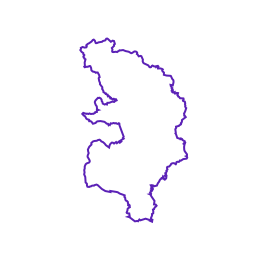 outline of Trieu Son, Thanh Hóa, Vietnam, rotated 63°
{"feature_id": "81297802B97142358911210", "entity_name": "Trieu Son", "entity_type": "district", "adm_level": 2, "iso_a3": "VNM", "parent_name": "Vietnam", "parent_adm1": "Thanh Hóa", "projection": "orthographic", "projection_center": [105.571, 19.802], "detail": "fine", "context": "isolated", "style": "outline", "palette": "violet", "viewbox_px": 256, "rotation_deg": 63, "n_neighbors": 0, "source": "geoboundaries", "source_scale": "gbopen_adm2", "svg_char_len": 5822}
<svg xmlns="http://www.w3.org/2000/svg" viewBox="0 0 256 256"><g transform="rotate(63 128 128)"><path d="M181.1,95.7L180.8,92.9L181.9,89.7L181.3,88.7L180.2,88.5L179.6,88.9L179.7,88.2L178.2,87.4L174.4,88.0L173.0,87.8L170.3,86.6L168.4,85.2L167.3,85.7L166.7,84.5L167.3,84.0L166.9,83.6L166.2,84.0L165.6,83.5L163.4,84.9L162.5,84.8L161.9,86.1L161.4,85.7L161.2,85.7L161.1,86.7L159.2,88.6L155.0,88.0L154.4,88.2L154.0,87.6L150.6,86.4L149.7,85.0L148.6,84.6L149.2,81.8L149.0,81.7L148.8,79.2L148.2,78.6L147.7,78.7L147.0,77.2L145.4,76.3L144.5,71.6L143.1,71.8L142.5,72.3L141.2,71.6L140.7,71.6L139.1,69.5L136.7,67.1L136.0,67.4L134.5,67.2L134.1,66.7L132.5,66.4L132.0,65.8L130.3,65.4L129.0,66.6L128.5,66.6L127.6,65.3L126.8,65.2L125.1,68.1L123.4,68.4L122.7,69.0L122.0,68.8L121.4,69.1L119.6,67.6L118.9,68.6L119.2,69.2L118.6,70.5L117.2,70.0L117.1,71.4L116.8,71.8L115.9,72.3L115.1,71.9L115.0,71.6L115.5,71.6L115.2,71.1L114.4,70.8L114.1,71.1L114.7,71.6L114.4,72.0L113.3,70.8L112.6,70.4L112.1,71.0L111.0,70.5L110.0,70.8L108.9,70.5L110.3,68.7L108.2,66.9L106.8,66.1L105.7,65.9L104.5,66.3L101.1,66.2L100.7,66.6L98.8,69.8L96.9,71.9L94.9,70.8L93.2,71.5L92.2,71.4L91.6,70.4L90.7,70.9L89.4,72.4L88.6,74.3L88.0,74.2L87.1,73.0L86.2,73.2L85.9,74.2L86.3,75.4L85.6,75.4L85.1,76.7L83.5,77.8L83.5,78.6L84.2,79.8L84.0,80.7L83.5,81.2L81.4,81.5L77.7,84.4L76.7,84.8L75.1,84.6L73.9,83.7L70.1,83.5L69.5,84.0L69.0,85.9L66.9,86.1L66.1,86.5L65.3,85.7L64.7,85.6L63.4,86.3L62.7,87.6L63.0,90.2L62.8,91.2L60.4,92.7L58.4,95.2L56.3,97.0L55.5,99.4L54.9,100.3L55.3,101.6L55.1,102.1L55.4,103.2L54.5,104.3L53.8,106.4L53.2,107.3L52.4,107.3L51.0,106.2L49.4,106.1L48.5,103.1L47.5,102.8L47.1,102.1L47.1,101.5L44.1,101.0L43.2,102.1L43.4,104.1L39.5,105.5L38.8,106.0L38.6,106.9L39.6,108.4L39.1,111.0L39.4,112.0L38.3,115.4L38.3,116.6L37.9,118.0L37.6,118.2L35.1,117.9L33.7,118.4L33.6,119.4L34.4,121.2L34.8,124.2L34.8,126.0L35.2,126.5L35.1,127.2L35.5,127.7L36.7,127.8L37.2,128.5L36.7,130.1L35.2,131.7L35.2,133.6L36.0,133.8L36.9,135.1L39.1,134.8L40.9,133.8L42.1,134.3L43.1,133.8L43.7,134.2L43.8,134.9L44.2,135.4L45.2,135.5L46.1,135.1L46.5,135.3L47.5,134.7L50.0,136.9L53.1,138.2L53.5,138.5L53.5,139.1L53.9,139.1L54.2,139.0L54.8,136.6L55.2,136.1L55.3,134.2L55.8,133.5L57.7,133.6L60.0,134.4L60.7,134.2L61.8,133.7L62.2,133.0L62.7,132.7L62.9,132.2L64.2,131.6L64.2,130.9L64.8,129.8L67.7,129.7L69.8,130.2L69.8,130.7L70.3,131.5L72.9,132.3L75.2,132.5L76.2,133.1L79.9,132.4L81.0,132.8L81.4,133.3L83.5,133.1L85.0,133.6L85.9,132.8L86.7,132.7L87.2,132.0L87.6,132.2L87.7,131.9L88.6,131.7L89.1,131.0L90.1,131.4L90.4,131.0L90.8,131.3L91.1,130.5L92.3,129.9L92.8,130.3L93.2,129.8L93.7,130.0L93.8,129.5L94.2,129.6L95.7,128.5L95.3,127.8L95.6,127.3L96.2,127.2L96.6,126.3L97.3,126.4L97.3,127.3L97.5,127.6L97.3,125.6L98.2,125.6L98.1,127.2L98.5,128.5L97.3,130.1L97.1,133.0L96.2,135.0L97.5,136.1L96.5,137.0L96.5,138.1L94.8,139.4L93.1,139.0L92.1,139.2L90.8,138.7L89.2,138.9L88.0,139.8L88.0,140.5L87.5,141.1L88.7,144.5L89.7,145.7L90.4,146.0L92.9,146.3L94.5,146.0L96.9,146.9L97.9,146.7L98.5,146.2L98.3,147.2L97.9,147.6L99.6,148.5L99.0,150.0L99.6,150.6L99.5,152.0L99.7,152.3L99.2,153.2L98.7,154.7L97.5,155.8L97.6,156.8L96.5,158.1L96.5,158.7L94.2,161.0L94.7,162.3L95.7,161.8L96.4,162.0L98.1,160.9L100.7,160.9L101.8,160.3L102.9,159.0L103.4,158.9L103.9,159.4L104.3,159.5L105.0,158.2L105.8,157.7L108.3,157.3L108.8,154.6L108.2,153.1L108.2,152.2L109.3,149.4L111.7,146.3L112.9,145.6L114.4,145.1L115.2,143.9L116.4,144.0L116.2,143.6L116.5,143.1L117.1,142.8L116.0,141.3L116.7,140.5L117.0,138.5L118.0,137.5L118.2,136.5L119.5,135.6L119.8,134.7L119.6,134.0L120.1,133.7L121.8,134.4L133.8,135.8L134.5,137.0L135.5,136.7L135.8,140.5L137.0,140.1L137.4,142.0L136.0,142.5L136.5,144.8L135.1,145.0L135.5,147.5L134.5,147.9L133.7,148.9L134.0,150.5L134.4,151.3L135.2,152.4L136.8,153.7L133.3,155.5L131.2,155.9L129.2,156.7L127.9,157.8L126.3,158.2L125.5,158.7L125.1,160.3L125.2,161.6L124.3,163.9L124.1,165.3L124.7,167.5L126.2,168.1L127.1,171.0L129.0,173.5L131.0,174.2L132.5,174.4L134.1,176.3L135.3,177.1L138.6,176.9L139.8,177.0L140.6,177.4L141.1,178.4L140.8,180.9L141.1,182.2L142.6,184.0L144.5,185.0L145.6,186.1L147.9,186.9L149.4,188.1L152.2,188.3L157.3,190.5L158.9,189.9L160.7,190.7L161.9,190.8L162.9,189.4L162.8,188.9L163.2,187.4L163.0,186.8L163.3,185.5L163.9,184.5L163.7,183.9L164.1,181.8L165.0,181.0L170.4,179.0L173.9,176.8L177.1,172.7L176.1,172.3L179.6,167.5L180.6,166.3L182.6,165.2L186.5,161.5L187.1,161.8L187.7,162.5L188.9,162.2L190.7,162.9L191.9,162.7L192.5,162.1L194.0,161.7L194.8,162.2L196.3,162.2L196.5,162.8L196.9,163.0L197.2,162.8L197.4,161.7L197.7,161.7L197.9,162.4L198.7,162.1L199.4,162.3L199.5,164.0L199.9,165.1L201.3,166.0L202.7,167.6L203.2,167.6L204.0,166.9L204.7,165.7L207.3,166.5L207.1,168.3L208.1,167.2L214.3,164.2L215.0,162.0L215.7,161.3L214.7,159.4L215.9,158.8L216.8,153.5L219.8,150.5L220.3,150.8L222.4,149.1L220.8,147.9L220.0,148.6L218.8,148.6L216.9,146.3L215.5,145.7L215.5,144.3L214.0,143.4L212.0,142.8L212.1,141.6L211.6,141.3L210.7,139.6L210.6,138.5L210.2,137.8L208.8,138.1L207.9,139.5L205.0,137.5L199.5,138.2L198.3,138.2L197.9,137.9L196.9,138.7L197.2,137.6L197.0,137.3L195.4,137.5L195.1,136.0L193.8,135.9L193.7,135.2L194.5,134.7L193.7,133.5L192.2,133.2L192.2,134.4L192.0,134.6L191.3,133.7L189.4,133.7L189.7,132.8L190.9,131.4L191.8,131.1L192.4,128.4L190.8,126.5L189.9,124.6L189.0,123.6L188.4,122.4L188.3,121.3L187.8,120.8L188.1,119.7L187.2,118.9L188.1,118.7L189.4,119.4L189.7,118.8L190.6,118.8L190.7,118.5L190.4,118.2L190.3,117.0L190.0,116.7L188.3,115.6L187.8,116.6L187.1,116.7L187.0,115.3L185.3,115.3L185.4,114.5L184.7,114.1L184.3,113.2L183.4,113.1L182.9,111.7L181.2,111.4L180.5,110.6L181.0,108.7L180.2,106.6L179.6,105.9L179.5,105.0L179.8,103.8L180.4,102.8L182.0,101.9L181.8,101.5L180.5,100.4L180.4,100.0L180.5,99.3L181.3,98.1L181.1,97.3L180.5,96.6L181.1,95.7Z" fill="none" stroke="#5b21b6" stroke-width="2"/></g></svg>